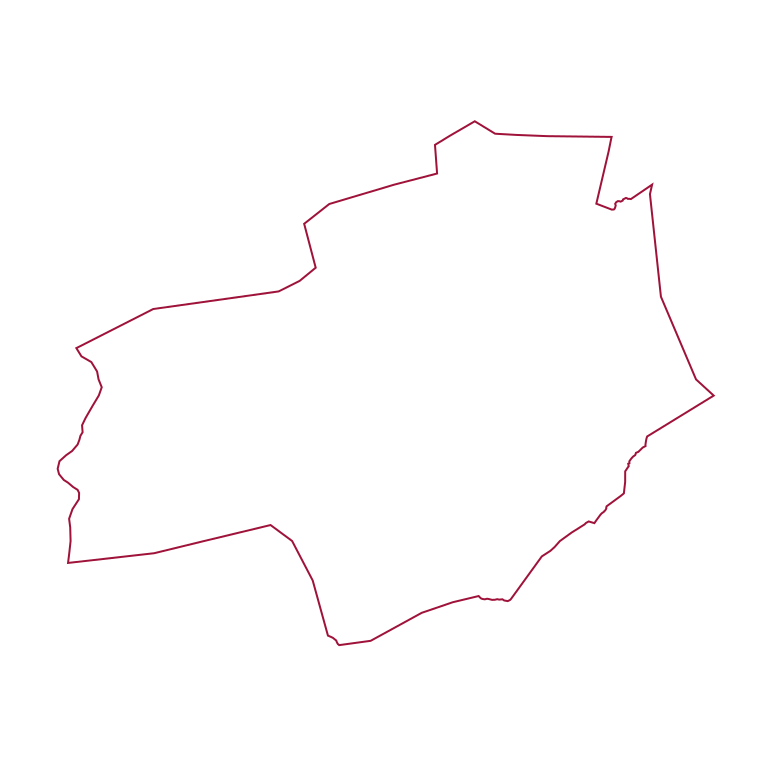 outline of Aleiro, Kebbi, Nigeria, rotated 268°
{"feature_id": "59680162B45442733436767", "entity_name": "Aleiro", "entity_type": "district", "adm_level": 2, "iso_a3": "NGA", "parent_name": "Nigeria", "parent_adm1": "Kebbi", "projection": "equal_earth", "projection_center": [4.44, 12.319], "detail": "fine", "context": "isolated", "style": "outline", "palette": "rose", "viewbox_px": 768, "rotation_deg": 268, "n_neighbors": 0, "source": "geoboundaries", "source_scale": "gbopen_adm2", "svg_char_len": 1960}
<svg xmlns="http://www.w3.org/2000/svg" viewBox="0 0 768 768"><g transform="rotate(268 384 384)"><path d="M134.5,319.2L132.9,322.6L132.0,324.2L130.6,325.8L129.3,327.3L127.5,327.9L125.8,328.8L124.6,330.1L127.8,361.7L154.0,413.7L163.5,445.1L168.4,469.3L168.8,471.2L167.7,472.1L166.4,473.4L165.7,474.9L165.3,477.3L165.8,479.5L165.5,481.0L164.5,484.5L164.5,487.3L165.0,489.6L164.5,491.6L164.7,494.9L163.5,496.5L162.7,500.1L163.7,502.3L164.7,503.4L206.2,535.7L211.4,544.4L215.1,548.8L220.9,554.3L228.9,566.2L236.7,579.6L238.0,580.9L239.5,583.8L239.2,584.6L237.6,589.4L240.3,591.4L245.5,595.5L246.7,596.6L247.3,597.3L248.0,598.4L248.6,599.3L249.1,599.6L249.6,600.3L250.3,600.9L251.1,601.4L251.7,601.7L252.2,601.9L252.8,601.8L254.0,602.2L263.8,616.6L266.3,619.9L277.7,621.6L288.3,622.0L293.4,625.7L295.8,625.3L296.2,626.5L298.2,626.5L300.7,628.4L302.7,630.3L304.2,632.6L306.4,633.4L307.3,635.8L311.5,640.4L312.8,643.2L314.4,643.2L318.2,643.9L320.6,644.5L322.4,645.2L360.9,713.1L377.7,696.0L461.6,663.8L564.6,656.4L564.8,656.5L573.9,658.9L560.2,637.2L560.5,635.7L560.5,634.2L561.2,633.2L561.5,632.3L560.1,629.3L559.0,629.0L558.0,626.9L558.4,625.8L558.6,624.1L557.5,622.3L555.9,621.3L554.5,621.8L552.7,621.3L551.1,620.6L550.4,619.8L550.3,617.8L556.8,602.5L608.6,616.6L621.6,619.7L623.0,620.1L626.0,555.8L628.3,525.1L630.1,505.4L630.3,503.7L641.4,486.9L643.4,483.9L629.9,458.7L622.6,445.8L621.2,443.3L592.5,444.4L582.8,400.9L565.8,335.6L546.9,309.8L502.6,319.8L490.0,303.3L480.2,281.9L467.0,156.0L430.6,77.8L422.2,82.6L416.1,92.3L406.5,97.7L398.6,98.9L390.6,101.8L382.5,98.6L372.8,92.3L360.5,84.6L353.3,80.8L346.3,81.1L342.8,78.8L338.8,77.6L334.2,75.7L327.9,69.9L323.9,63.8L318.2,57.0L310.7,54.9L305.2,56.1L299.3,60.6L296.4,64.8L291.9,69.7L288.9,74.1L285.8,75.5L279.5,75.1L269.8,68.3L260.3,64.6L251.6,65.4L238.0,65.3L226.3,63.6L216.2,62.0L222.9,148.4L233.3,198.5L247.0,265.7L230.3,286.7L190.1,305.9L134.5,319.2Z" fill="none" stroke="#9f1239" stroke-width="2"/></g></svg>